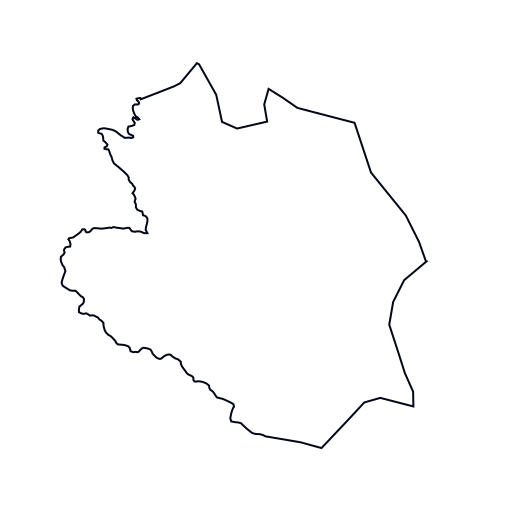 outline of Baghramyan, Armavir, Armenia, rotated 14°
{"feature_id": "60910142B80677227285928", "entity_name": "Baghramyan", "entity_type": "district", "adm_level": 2, "iso_a3": "ARM", "parent_name": "Armenia", "parent_adm1": "Armavir", "projection": "robinson", "projection_center": [43.725, 40.166], "detail": "fine", "context": "isolated", "style": "outline", "palette": "ink", "viewbox_px": 512, "rotation_deg": 14, "n_neighbors": 0, "source": "geoboundaries", "source_scale": "gbopen_adm2", "svg_char_len": 3726}
<svg xmlns="http://www.w3.org/2000/svg" viewBox="0 0 512 512"><g transform="rotate(14 256 256)"><path d="M105.7,130.8L103.9,131.2L102.0,132.4L102.8,133.8L104.4,134.5L104.8,134.7L105.7,136.4L104.7,137.6L103.7,137.8L101.6,138.3L100.3,140.2L100.6,142.3L101.8,145.0L104.0,148.0L105.7,149.7L107.7,150.1L109.6,151.6L107.9,152.6L105.9,151.8L103.4,151.1L103.0,153.0L104.1,154.3L105.6,155.7L106.2,156.2L106.2,158.3L105.5,158.8L103.9,159.9L100.9,161.3L100.7,163.8L101.5,166.3L102.1,167.0L103.0,168.2L105.2,168.7L107.7,169.1L108.2,170.5L106.7,171.6L104.3,171.8L100.5,173.0L100.1,173.1L95.8,171.7L89.5,168.9L86.1,168.3L79.5,168.6L77.2,168.9L73.9,170.5L72.6,172.4L73.0,174.5L74.1,174.8L76.6,174.8L77.8,175.9L78.1,176.3L78.6,177.1L79.3,178.9L79.9,180.9L81.9,181.8L84.9,183.8L84.7,185.7L82.8,187.2L83.0,188.6L85.5,188.6L86.9,188.2L88.3,189.8L89.8,192.4L92.0,195.0L93.6,198.0L95.9,200.6L100.6,202.7L107.4,206.2L111.5,208.6L113.5,210.6L114.0,212.7L115.9,214.7L118.4,215.9L119.9,217.6L121.1,218.2L122.4,219.7L122.3,221.3L122.0,222.5L121.0,225.0L122.8,226.1L124.4,228.2L125.4,229.7L125.1,230.8L125.1,232.7L127.0,235.0L127.7,237.9L129.8,239.9L133.0,240.4L134.8,240.3L135.9,242.3L136.5,243.8L138.9,243.9L140.5,244.8L141.7,246.2L142.3,249.0L142.3,255.0L142.7,257.5L143.9,258.7L145.1,260.1L143.8,260.5L141.8,260.9L140.8,260.7L138.6,260.3L137.0,260.3L134.0,261.1L132.7,261.8L129.5,262.0L126.3,259.4L124.5,259.7L122.5,260.7L120.4,261.6L117.4,261.8L114.6,262.2L110.7,262.4L108.9,263.8L107.4,263.8L104.6,264.9L101.6,266.1L99.0,267.0L97.0,267.2L94.5,267.6L91.9,268.2L90.7,269.2L89.4,271.8L88.3,273.2L86.1,274.0L84.8,273.6L84.0,272.0L83.0,271.6L81.0,272.2L80.2,274.6L78.9,276.6L76.8,279.1L73.9,282.4L70.6,283.8L69.9,285.1L71.4,286.4L72.6,288.3L72.8,288.6L73.2,289.8L73.4,291.8L71.2,292.6L69.2,293.7L68.4,295.5L68.3,295.8L68.3,297.0L69.5,299.1L68.9,301.1L66.9,303.9L67.1,305.6L68.0,308.3L70.4,311.6L72.4,313.1L74.7,316.6L74.3,320.7L74.0,323.3L73.9,324.7L73.8,328.9L75.6,331.6L76.6,332.0L80.5,333.3L83.8,334.3L86.4,334.1L89.2,333.4L90.9,334.3L93.6,336.0L95.9,337.4L97.8,337.8L99.4,339.2L100.0,341.9L99.7,344.0L98.4,345.8L96.9,347.9L97.1,350.8L97.8,353.3L100.5,354.0L103.0,353.8L105.1,352.7L106.9,353.1L109.3,354.0L111.7,353.1L113.2,352.9L115.4,353.5L117.4,353.9L119.4,355.4L121.7,356.2L124.1,357.7L124.9,360.5L127.0,364.4L128.8,366.4L131.5,368.1L134.8,369.1L137.7,370.9L140.2,372.6L141.0,373.8L143.2,375.2L145.9,374.8L149.5,374.2L153.6,374.4L155.8,375.8L157.3,378.7L160.2,379.0L162.1,378.2L164.3,378.0L165.4,377.1L166.4,375.2L168.3,372.5L171.0,372.0L174.1,372.0L176.3,372.3L177.8,373.8L179.5,375.9L182.1,377.6L184.3,378.8L187.0,379.2L188.5,378.8L189.6,377.5L191.2,375.3L193.0,373.8L194.8,372.7L197.1,372.5L199.3,373.8L202.6,374.9L205.3,375.1L206.9,375.9L208.5,376.7L209.1,378.6L210.7,380.8L212.9,382.8L215.0,384.4L217.0,386.3L218.9,387.3L221.7,387.8L223.5,388.3L224.7,389.3L225.2,391.3L226.4,392.5L227.9,392.5L230.2,391.5L232.5,391.2L235.2,391.1L238.8,391.7L241.8,393.1L242.7,395.4L243.8,396.7L246.8,397.9L248.8,399.5L250.7,401.4L252.5,402.7L258.2,402.7L261.3,403.2L266.5,404.2L269.9,405.2L271.1,407.5L270.5,409.2L270.1,412.5L270.1,416.4L270.3,419.7L272.0,422.5L275.7,422.3L279.3,421.8L281.9,421.9L284.3,423.3L289.0,425.9L292.3,427.4L295.3,428.7L298.8,428.8L302.2,428.0L303.2,428.0L306.2,428.0L308.7,428.7L344.2,426.0L366.0,426.5L384.5,393.7L396.5,371.9L410.9,363.6L445.1,363.9L441.3,349.7L428.7,333.5L417.5,315.3L401.9,290.4L400.2,267.4L405.6,243.6L422.8,219.9L422.0,219.8L410.8,202.9L391.6,180.5L347.4,147.2L319.4,102.9L298.7,102.7L260.4,102.3L243.8,96.0L227.8,90.8L227.3,106.9L234.3,122.9L206.8,136.9L190.6,134.1L178.4,109.2L154.4,83.8L152.0,83.2L140.7,106.6L135.2,111.4L106.3,131.8L105.7,130.8Z" fill="none" stroke="#020617" stroke-width="2"/></g></svg>